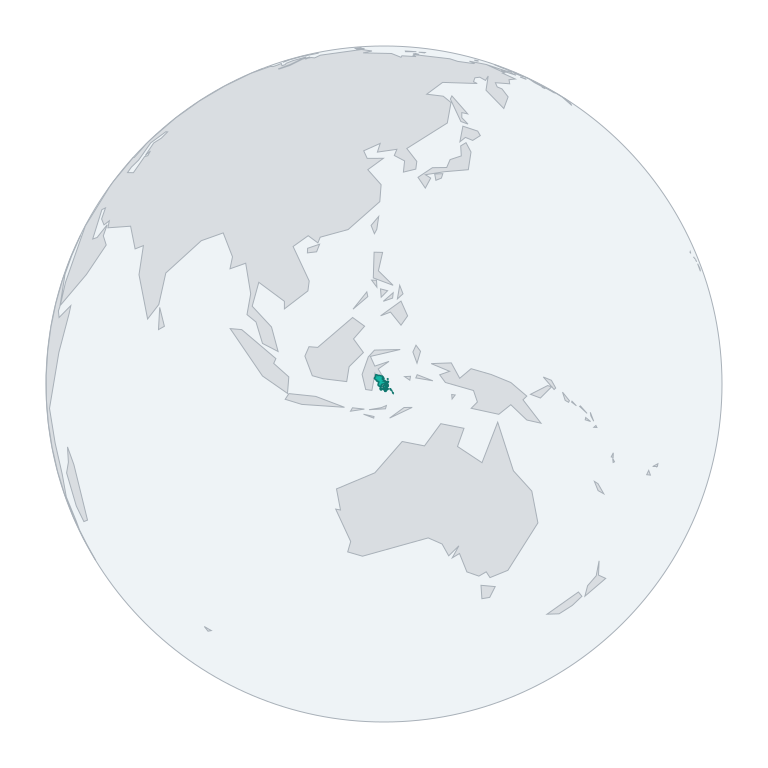 globe centered on Sulawesi Tenggara
{"feature_id": "IDN-556", "entity_name": "Sulawesi Tenggara", "entity_type": "Province", "adm_level": 1, "iso_a3": "IDN", "parent_name": "Indonesia", "parent_adm1": "", "projection": "orthographic", "projection_center": [122.493, -4.447], "detail": "fine", "context": "on_globe", "style": "filled", "palette": "teal", "viewbox_px": 768, "rotation_deg": 0, "n_neighbors": 0, "source": "natural_earth", "source_scale": "10m", "svg_char_len": 11507}
<svg xmlns="http://www.w3.org/2000/svg" viewBox="0 0 768 768"><circle cx="384" cy="384" r="338" fill="#eef3f6" stroke="#a8b0b8"/><path d="M657.9,463.7L657.5,466.2L657.2,466.5L657.9,463.7ZM558.2,94.4L569.6,101.9L571.8,105.5L562.3,97.1L556.0,93.2L554.1,92.8L547.2,88.9L542.4,86.8L534.3,82.5L529.4,79.1L524.1,76.6L523.0,76.7L514.3,73.2L516.7,73.3L501.6,67.7L494.3,64.6L527.0,77.8L558.2,94.4ZM700.4,271.3L697.6,263.7L699.9,268.4L700.4,271.3ZM695.5,259.3L696.6,261.8L695.6,259.8L695.5,259.3ZM694.5,257.9L695.2,258.9L694.7,258.6L694.5,257.9ZM693.4,257.1L693.9,257.2L693.9,257.5L693.4,257.1ZM690.8,253.4L690.0,252.3L690.2,251.6L690.8,253.4ZM566.6,99.7L564.3,98.2L566.6,99.7ZM543.1,87.3L545.2,88.7L541.8,87.2L543.1,87.3ZM526.3,79.4L520.1,77.0L525.6,78.8L526.3,79.4ZM516.0,75.2L501.1,70.5L504.5,72.8L486.3,64.5L505.0,70.7L511.2,72.2L511.3,73.0L516.0,75.2ZM478.6,61.2L474.3,60.0L477.9,60.7L478.6,61.2ZM109.6,186.8L113.4,181.5L133.1,157.6L134.2,157.5L138.5,152.8L146.2,143.9L148.1,142.0L156.2,134.5L153.7,136.8L175.7,117.9L199.4,101.0L224.4,86.2L250.6,73.5L249.7,73.9L259.7,69.8L262.7,68.6L262.4,68.8L254.1,72.2L270.4,66.4L273.0,66.6L277.4,65.1L281.3,63.5L282.0,65.7L285.2,64.6L286.2,63.3L293.1,60.6L305.7,57.1L305.3,58.0L300.7,59.4L290.4,64.4L278.2,68.9L279.3,69.0L289.8,65.5L302.4,59.2L310.1,56.9L305.3,59.3L307.6,58.2L311.3,57.5L314.6,57.9L320.4,55.2L361.6,49.5L372.0,51.0L363.1,52.9L391.5,53.5L401.0,57.3L401.9,55.8L416.0,56.6L413.3,55.3L414.8,54.7L449.9,58.8L457.8,61.4L473.9,63.6L474.4,63.2L469.4,61.2L486.3,64.5L504.5,72.8L502.6,73.2L515.3,79.0L509.0,79.7L509.7,83.8L495.4,82.7L497.2,86.9L502.0,88.9L508.1,96.9L503.8,108.5L486.0,90.2L488.2,76.0L485.5,80.4L479.8,77.2L474.9,77.8L473.5,81.7L477.2,83.5L442.6,82.4L426.7,94.2L443.2,96.2L451.0,102.5L447.3,123.0L406.8,148.5L416.8,161.4L415.8,169.1L403.4,172.1L404.6,160.9L394.3,155.5L396.9,149.3L377.4,152.1L380.2,143.4L363.7,150.8L367.2,158.4L383.4,158.3L367.8,169.7L381.1,184.7L379.8,201.6L348.2,229.5L320.2,237.2L317.9,242.9L308.2,235.7L293.1,246.5L309.2,281.0L307.9,290.9L284.4,308.9L284.4,301.3L258.8,282.3L252.2,306.2L271.5,327.0L278.1,351.5L262.5,343.4L256.0,322.0L247.0,314.6L250.7,293.7L245.7,263.2L230.0,268.8L232.5,256.8L223.2,232.9L201.3,240.7L165.8,273.0L158.8,304.5L147.6,319.0L139.0,274.7L143.4,245.6L135.1,248.9L130.6,226.2L107.9,227.8L109.3,220.8L104.0,224.9L101.6,219.0L105.5,207.9L101.9,209.6L92.7,239.0L97.1,237.5L107.2,224.7L103.3,235.8L106.2,245.0L86.4,274.5L60.3,305.4L65.5,282.3L85.3,226.0L109.6,186.8ZM80.6,235.3L71.6,255.9L65.0,274.3L59.8,306.9L58.4,310.9L59.1,317.5L70.8,305.6L69.1,313.6L58.9,352.3L49.5,408.4L55.2,443.4L62.2,474.1L66.3,497.0L76.0,520.5L79.6,530.2L86.5,543.7L95.0,559.2L95.7,560.2L83.8,539.1L73.4,517.2L64.7,494.6L57.6,471.4L52.2,447.8L48.4,423.8L46.4,399.7L46.2,375.5L47.7,351.3L50.9,327.2L55.8,303.5L62.4,280.2L70.7,257.4L80.6,235.3ZM127.5,172.6L133.4,172.7L144.6,156.6L147.8,155.7L150.4,151.0L145.3,155.5L153.7,143.0L161.3,138.2L167.6,131.9L165.9,131.7L150.8,142.8L138.6,160.1L131.4,167.1L127.5,172.6ZM204.3,626.5L211.3,630.6L208.0,631.2L204.3,626.5ZM73.9,464.7L87.5,520.1L83.9,521.6L76.3,506.0L66.6,472.9L68.4,462.2L67.5,446.9L73.9,464.7ZM363.5,414.2L374.0,416.5L373.7,418.1L363.5,414.2ZM352.5,407.8L364.4,409.1L350.5,411.2L352.5,407.8ZM369.0,409.7L381.2,407.7L386.4,405.5L385.5,408.8L369.0,409.7ZM344.5,407.3L301.8,404.4L285.2,399.3L288.9,393.6L315.7,396.4L344.5,407.3ZM287.5,393.4L262.5,376.0L230.2,328.6L241.7,329.6L275.9,358.6L273.7,363.4L288.8,376.9L287.5,393.4ZM349.1,366.7L346.7,381.6L323.0,378.7L312.3,375.7L304.9,356.1L309.0,346.7L317.7,347.4L352.6,317.5L364.6,326.2L353.5,338.9L363.4,352.5L349.1,366.7ZM159.7,307.4L164.4,326.3L158.5,329.6L159.7,307.4ZM367.8,296.6L353.0,309.2L366.8,291.9L367.8,296.6ZM376.5,280.3L376.9,287.2L371.6,280.1L376.5,280.3ZM316.6,251.8L307.4,252.9L307.6,248.3L319.6,244.2L316.6,251.8ZM378.7,216.4L376.8,229.3L374.4,233.7L371.1,225.4L378.7,216.4ZM318.7,53.1L301.8,56.5L289.7,59.8L282.9,62.3L285.3,60.9L304.0,55.8L318.7,53.1ZM356.3,49.5L362.2,48.4L364.5,48.7L363.5,49.0L356.3,49.5ZM356.4,48.9L354.5,48.1L361.0,47.5L361.2,48.1L356.4,48.9ZM578.4,592.0L581.9,596.3L572.3,605.4L559.1,613.8L547.0,614.2L578.4,592.0ZM481.9,598.7L481.0,585.3L495.2,586.6L489.7,597.4L481.9,598.7ZM587.6,585.7L596.2,575.8L599.1,560.8L598.5,575.1L605.7,578.4L584.9,596.2L587.6,585.7ZM428.2,537.9L362.5,556.2L347.7,551.9L350.7,541.5L335.7,509.1L340.5,510.0L336.5,488.9L374.9,472.8L402.2,441.5L424.5,445.9L440.8,423.7L464.0,428.3L457.5,446.5L482.0,462.7L497.7,422.2L513.4,470.8L531.8,491.1L537.9,522.9L507.9,570.3L490.0,577.6L486.2,571.8L478.9,576.1L466.9,571.9L459.5,553.5L452.3,557.8L458.9,545.8L448.7,555.8L442.1,544.0L428.2,537.9ZM594.4,481.4L598.0,483.7L603.8,493.8L598.1,490.6L594.4,481.4ZM648.7,470.4L650.4,475.1L646.7,474.7L648.7,470.4ZM657.2,466.5L652.7,466.5L657.9,463.7L657.2,466.5ZM612.7,458.3L614.5,461.8L613.1,462.5L612.7,458.3ZM611.2,456.9L613.3,452.8L613.1,457.5L611.2,456.9ZM593.8,427.3L595.9,425.5L596.9,427.5L593.8,427.3ZM389.6,418.1L404.1,407.5L412.2,407.4L389.6,418.1ZM590.6,421.5L585.2,419.8L585.7,417.5L590.6,421.5ZM590.9,415.9L590.3,412.3L593.7,421.2L590.9,415.9ZM580.4,405.9L587.1,413.4L579.6,406.4L580.4,405.9ZM576.4,405.8L571.6,402.1L572.0,401.2L576.4,405.8ZM523.0,399.8L541.0,423.2L526.8,420.0L510.8,404.7L498.8,414.3L471.2,408.3L477.4,402.0L473.5,390.5L445.4,382.5L439.7,374.8L449.6,371.3L431.2,363.6L451.3,362.9L459.7,378.3L471.1,368.7L491.2,374.5L510.8,382.5L526.8,396.1L523.0,399.8ZM451.7,394.5L455.2,395.0L452.1,399.0L451.7,394.5ZM562.5,392.1L569.4,400.7L568.6,402.3L565.2,400.4L562.5,392.1ZM530.5,394.3L547.6,385.6L551.7,386.7L540.4,398.0L530.5,394.3ZM543.3,377.0L551.4,380.3L555.7,388.0L554.1,389.5L543.3,377.0ZM410.5,376.3L409.8,380.2L404.6,376.6L410.5,376.3ZM417.2,374.7L432.9,380.8L415.8,377.9L417.2,374.7ZM370.4,356.4L374.8,366.1L389.0,361.4L378.2,369.0L388.0,385.4L384.8,391.0L375.0,373.3L371.9,390.4L365.7,389.5L362.1,374.4L368.3,356.9L374.5,350.1L400.2,349.5L370.4,356.4ZM417.0,363.2L412.9,352.0L416.0,345.2L420.5,351.3L417.0,363.2ZM401.0,325.2L390.5,312.1L380.6,315.8L401.0,301.1L407.6,315.9L401.0,325.2ZM392.6,298.1L383.3,301.3L393.2,292.7L392.6,298.1ZM381.2,297.2L380.5,288.9L387.6,290.7L381.2,297.2ZM397.4,298.9L399.7,285.3L403.0,293.8L397.4,298.9ZM378.4,270.8L393.1,285.3L373.3,277.9L374.1,252.2L382.6,252.4L378.4,270.8ZM435.9,180.3L434.7,174.0L442.8,173.7L441.4,178.1L435.9,180.3ZM468.3,169.7L444.6,171.7L425.4,174.7L430.7,178.1L425.3,188.1L418.0,177.3L432.4,167.7L446.7,167.5L450.1,159.6L461.3,155.9L460.7,145.9L466.0,142.7L471.0,152.0L468.3,169.7ZM459.9,141.8L462.9,126.2L477.7,131.1L480.3,135.6L472.7,140.4L465.4,137.4L459.9,141.8ZM468.0,124.1L460.9,121.5L450.4,99.1L451.9,95.9L467.7,113.9L461.8,112.6L461.8,117.7L468.0,124.1ZM475.0,60.5L474.4,60.0L477.6,61.2L475.0,60.5ZM412.9,54.0L415.5,53.5L419.2,54.4L412.9,54.0ZM424.6,52.9L418.7,52.2L425.2,52.5L424.6,52.9ZM405.3,51.0L416.4,51.7L405.5,51.7L405.3,51.0Z" fill="#d9dde1" stroke="#a8b0b8" stroke-width="1"/><path d="M383.1,376.9L383.0,377.0L382.8,377.3L382.9,377.5L383.3,377.7L383.4,377.9L383.3,378.1L383.2,378.0L383.3,378.0L383.2,377.9L383.0,377.7L382.7,377.6L382.6,377.9L382.8,378.1L382.6,378.6L382.3,378.8L382.3,379.0L382.5,379.3L382.9,379.5L383.1,379.7L383.2,379.8L383.6,379.7L383.7,379.8L383.9,380.1L384.2,380.6L384.3,380.7L384.8,380.7L385.0,380.7L385.0,380.8L384.9,381.0L384.6,381.1L384.3,381.2L384.8,381.3L385.0,381.4L385.0,381.5L385.0,382.0L385.3,382.2L385.7,382.2L385.9,382.2L386.1,382.1L385.7,381.8L385.7,381.7L385.8,381.6L386.1,381.7L386.2,381.9L386.3,382.2L386.4,382.5L386.4,382.8L386.4,383.3L386.4,383.6L386.2,383.7L386.1,384.0L386.0,383.8L385.6,383.5L385.3,383.3L385.2,383.2L385.1,383.3L385.3,383.6L385.5,383.8L385.6,384.1L385.4,384.2L385.2,384.0L385.0,383.9L384.9,383.8L384.6,383.7L384.4,383.8L384.2,383.9L383.8,383.9L383.6,383.8L383.4,384.0L383.2,384.0L382.5,384.1L382.3,384.3L382.1,384.3L381.7,384.4L381.6,384.6L381.4,385.1L381.3,385.3L381.4,385.5L381.6,385.9L381.7,386.0L381.9,386.1L381.6,386.3L381.1,386.4L380.4,386.4L380.1,386.2L379.7,386.2L379.5,386.3L379.4,386.3L379.3,386.2L379.1,386.0L378.5,385.8L378.2,385.3L378.1,385.2L378.0,384.8L378.1,384.3L378.3,384.0L378.3,383.7L378.4,382.8L378.4,382.7L378.5,382.7L378.5,382.9L378.8,382.4L378.9,381.9L378.7,381.6L377.7,381.4L377.3,381.2L377.2,381.0L377.1,380.9L377.0,380.7L376.7,380.8L376.7,380.7L376.8,380.4L376.7,380.3L376.6,380.2L376.2,380.2L375.8,379.8L374.6,378.7L374.5,378.4L374.4,378.2L374.6,377.8L374.9,377.4L375.1,377.1L375.3,377.0L375.4,376.8L375.6,376.7L375.6,376.2L375.6,375.9L375.7,375.3L375.7,375.1L375.7,374.9L376.0,374.8L376.4,374.7L376.6,374.7L376.8,374.8L377.3,375.0L377.8,375.4L378.0,375.6L378.7,375.3L379.2,375.4L379.8,375.4L380.0,375.4L381.4,376.0L381.9,376.0L382.1,376.0L382.3,376.1L382.8,376.5L383.1,376.9ZM387.7,388.5L388.2,388.8L388.3,388.9L388.2,389.0L387.8,389.5L387.6,389.6L387.2,389.8L387.2,389.7L386.9,389.6L386.2,390.0L386.2,390.3L386.4,390.2L386.5,390.4L386.4,390.6L386.1,391.0L386.0,391.3L385.9,391.3L385.7,391.3L385.7,391.1L385.5,391.3L385.4,391.2L385.1,391.3L384.9,391.3L384.9,391.2L384.4,390.3L384.9,389.9L384.9,389.7L385.0,389.4L385.1,389.2L385.3,388.8L385.8,388.6L385.9,388.4L385.6,388.5L385.6,388.4L385.5,388.2L385.7,387.8L385.8,387.5L385.8,387.4L385.7,387.4L385.5,387.5L385.6,387.4L385.9,387.1L386.0,386.8L386.0,386.6L385.9,386.4L386.1,386.3L386.1,386.2L386.1,385.2L386.2,384.7L386.4,384.4L386.4,384.2L387.1,383.7L387.4,383.6L387.5,383.7L387.3,383.9L387.4,384.0L387.8,384.4L388.1,384.7L388.2,384.8L388.2,385.0L388.1,385.3L388.3,385.6L388.3,386.2L388.2,386.3L388.1,386.2L388.1,385.9L387.9,385.8L387.9,385.6L387.7,385.6L387.6,385.9L387.5,385.7L387.4,385.8L387.3,385.7L387.3,385.8L387.3,386.1L387.1,386.2L387.1,386.4L387.1,386.8L386.9,386.9L386.8,387.2L386.8,387.4L386.9,387.6L386.8,387.9L386.7,388.3L386.8,388.4L387.1,388.1L387.3,388.1L387.4,388.3L387.6,388.3L387.7,388.5ZM385.6,386.6L385.7,386.9L385.6,387.0L385.4,387.2L384.9,387.7L384.7,388.2L384.6,388.3L384.8,388.4L384.8,388.5L384.6,388.6L384.9,388.8L385.0,388.9L385.0,389.0L384.9,389.3L384.7,389.4L384.7,389.7L384.4,389.8L384.3,389.3L384.3,389.1L384.2,389.0L384.0,389.3L384.0,389.5L383.9,389.6L383.7,389.6L383.5,389.3L383.8,389.2L383.5,389.1L383.4,389.2L383.4,389.3L383.3,389.5L383.2,389.6L382.9,389.5L382.7,389.4L382.8,389.4L382.7,389.3L382.7,389.2L383.0,388.7L383.0,388.1L383.1,387.9L383.3,387.8L383.5,387.6L383.4,387.4L383.4,387.1L383.2,386.6L383.0,386.3L383.3,385.9L383.5,385.7L384.0,385.6L384.6,385.2L385.0,385.0L385.3,385.0L385.5,385.9L385.5,386.3L385.6,386.6ZM381.5,388.4L381.5,388.6L381.4,388.6L381.4,388.9L381.4,389.8L381.3,390.0L381.1,390.0L380.9,390.0L380.7,389.6L380.4,389.6L380.0,388.8L380.0,388.7L380.1,388.4L380.2,388.2L380.4,388.1L380.2,387.9L380.4,387.7L380.6,387.6L380.6,387.8L380.9,387.7L381.0,387.7L381.1,388.1L381.3,388.1L381.5,388.4ZM388.2,381.3L388.4,381.5L388.5,381.7L388.5,381.9L388.4,382.1L388.1,382.5L387.8,382.8L387.5,382.8L387.2,382.6L386.8,382.1L386.7,381.6L387.1,381.2L387.3,381.2L387.6,381.4L387.9,381.3L388.2,381.3ZM390.1,388.7L390.6,388.8L390.7,389.0L390.7,389.3L390.6,389.5L390.4,389.5L390.3,389.4L390.0,388.9L390.1,388.7ZM393.1,392.7L393.3,393.1L393.2,393.3L393.0,393.0L392.7,392.9L392.6,392.7L392.7,392.4L392.8,392.5L393.1,392.7ZM388.0,378.9L388.0,379.0L387.8,379.0L387.7,379.2L387.4,379.0L387.4,378.9L387.8,378.7L388.0,378.9ZM391.4,390.3L391.7,390.4L391.8,390.8L391.6,390.7L391.4,390.4L391.1,390.2L391.3,390.1L391.4,390.3ZM383.7,377.9L383.8,378.1L383.7,378.3L383.5,378.0L383.5,377.9L383.7,377.9ZM383.0,378.5L383.2,378.8L382.8,378.9L382.8,378.7L383.0,378.5Z" fill="#14b8a6" stroke="#0f766e" stroke-width="1.5"/></svg>